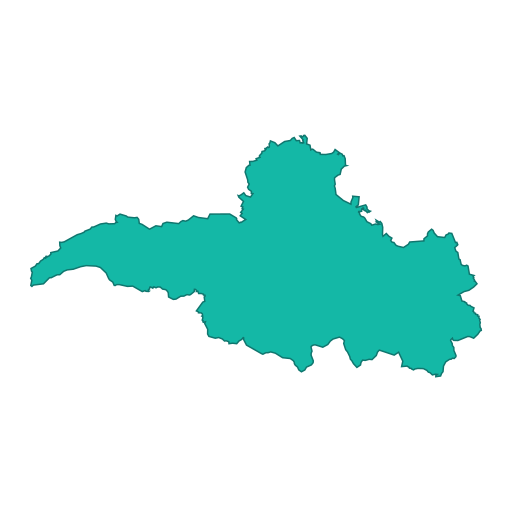 Iara, Cluj, Romania
{"feature_id": "2599482B94451106433579", "entity_name": "Iara", "entity_type": "district", "adm_level": 2, "iso_a3": "ROU", "parent_name": "Romania", "parent_adm1": "Cluj", "projection": "natural_earth1", "projection_center": [23.508, 46.546], "detail": "fine", "context": "isolated", "style": "filled", "palette": "teal", "viewbox_px": 512, "rotation_deg": 0, "n_neighbors": 0, "source": "geoboundaries", "source_scale": "gbopen_adm2", "svg_char_len": 6086}
<svg xmlns="http://www.w3.org/2000/svg" viewBox="0 0 512 512"><path d="M435.8,376.7L440.6,376.0L441.6,373.4L443.0,371.7L443.5,366.1L445.7,361.9L449.4,359.4L451.4,359.1L452.4,358.2L454.2,358.5L455.9,356.7L456.0,355.5L453.9,350.5L453.8,347.4L452.4,345.6L452.2,343.5L450.6,340.5L450.8,339.7L452.4,338.2L452.8,339.6L453.7,340.4L457.9,340.5L467.7,336.5L469.8,336.6L473.7,338.2L477.8,334.3L480.0,331.0L481.3,330.4L481.0,328.5L480.2,327.6L479.8,324.2L480.3,322.8L479.6,320.1L480.1,319.4L478.9,318.0L479.0,316.3L477.6,316.0L477.7,314.7L475.6,314.3L475.5,313.3L474.1,312.8L473.6,311.4L473.0,311.2L474.0,307.9L470.8,306.3L470.0,305.4L468.2,305.3L466.7,303.9L466.6,303.0L465.0,302.4L464.8,301.7L461.9,301.0L460.3,295.7L458.0,295.1L464.0,291.6L468.9,290.3L473.6,287.1L477.0,283.8L475.0,281.1L474.4,281.1L474.5,280.1L473.3,278.1L473.8,277.7L473.1,276.2L474.0,275.5L469.4,274.2L468.0,266.0L466.7,265.2L465.0,265.9L462.4,265.4L461.1,264.2L460.1,259.7L458.9,259.0L457.8,252.5L455.9,251.1L454.7,247.6L457.5,245.1L457.3,244.6L457.7,244.4L456.8,242.3L455.5,242.6L451.8,233.4L448.9,233.0L448.1,234.1L446.1,234.9L444.7,237.5L437.5,236.7L434.2,233.0L433.1,230.4L431.6,229.2L428.3,232.0L427.5,233.8L427.5,235.9L424.0,238.7L423.9,240.9L409.7,242.0L408.4,244.3L403.5,247.5L397.9,246.2L396.0,245.3L393.9,242.5L392.1,242.2L390.7,240.5L391.9,238.1L388.8,236.2L386.3,233.5L383.0,236.3L382.5,234.8L382.7,227.3L381.8,223.4L380.2,221.5L379.3,222.1L376.2,220.2L376.8,221.6L376.2,221.9L379.7,224.2L377.9,224.6L375.6,224.0L371.8,225.2L370.8,223.7L366.9,221.7L364.8,218.1L363.6,217.0L361.1,216.3L359.5,214.0L359.6,212.8L358.6,212.2L358.7,211.5L361.6,211.3L361.7,208.9L363.1,207.8L363.7,208.2L362.9,209.3L365.2,210.9L365.6,210.4L367.3,212.6L368.4,211.7L369.0,212.2L370.4,211.2L368.8,210.7L367.0,208.8L367.0,207.1L365.7,204.9L356.4,207.5L356.0,206.8L358.3,204.9L359.1,196.8L352.7,196.2L352.9,197.5L351.0,202.0L350.9,204.2L343.3,200.5L336.0,194.5L335.2,188.4L334.4,185.9L335.2,184.2L334.5,179.8L334.6,177.7L338.0,175.1L340.1,174.4L341.3,169.1L344.4,166.1L346.5,165.6L345.5,165.3L345.2,158.7L344.0,155.7L342.9,155.9L342.3,154.3L339.9,153.0L338.4,154.6L337.7,154.2L339.3,152.6L335.1,149.5L333.6,152.2L331.7,153.5L325.9,154.5L320.3,154.4L320.2,153.0L319.6,153.0L319.6,152.6L316.5,152.2L313.1,149.4L312.1,149.1L310.8,149.9L310.0,145.2L306.6,143.9L307.2,138.3L304.8,135.3L303.7,135.5L303.8,135.9L302.4,136.9L301.2,135.9L299.9,136.1L303.1,139.8L302.7,140.2L303.7,142.8L302.5,143.1L302.6,142.5L300.2,142.9L299.5,140.5L296.3,140.7L294.2,137.5L292.2,138.4L290.3,140.5L284.6,141.5L277.9,145.9L274.9,142.7L270.4,140.9L269.9,142.9L269.1,143.8L269.4,146.1L269.1,147.3L268.2,147.6L267.7,147.0L265.7,148.5L264.3,148.6L265.9,149.2L264.7,150.8L262.0,151.5L261.8,153.2L259.5,155.6L259.4,156.4L260.0,157.3L256.1,158.7L256.8,160.2L253.0,161.4L249.6,161.5L250.0,165.2L248.9,165.3L246.3,167.6L245.1,172.0L247.7,179.9L247.9,182.3L249.2,184.0L247.6,187.2L248.6,189.3L251.4,191.3L251.3,193.4L252.9,193.6L250.5,197.1L245.8,195.6L243.8,192.8L241.1,194.8L239.0,195.9L238.2,195.6L238.9,197.3L243.5,201.4L241.1,206.2L242.8,206.9L242.1,208.7L243.3,209.1L240.7,212.4L242.1,213.4L240.2,215.8L245.7,219.5L241.0,222.5L240.5,222.2L239.2,222.9L236.5,219.7L236.7,218.7L236.2,217.9L229.7,214.0L210.0,214.1L207.7,218.7L198.4,217.5L193.6,215.8L188.4,220.0L185.7,221.2L182.9,220.6L180.9,221.6L178.8,223.6L166.8,222.2L163.0,223.5L161.6,226.6L155.9,225.8L149.5,229.2L142.1,224.4L139.3,223.4L138.7,219.3L137.1,217.4L134.5,217.8L127.7,217.1L126.3,216.0L120.0,214.1L117.1,216.0L115.9,215.4L115.3,219.4L116.1,221.4L117.1,222.3L115.7,222.6L114.7,223.7L108.8,223.9L106.3,223.1L100.4,224.0L93.7,227.0L91.8,227.1L90.2,229.1L84.8,231.2L84.1,232.2L81.2,233.5L77.2,234.7L64.3,241.8L61.7,242.4L59.7,242.2L59.9,245.7L60.7,248.0L57.9,251.0L50.8,252.6L50.9,254.0L49.4,255.7L47.0,257.0L46.7,256.3L45.9,256.4L45.6,258.2L44.3,257.7L43.3,259.3L40.6,261.0L38.7,263.6L36.9,263.8L35.4,266.1L31.0,268.5L31.5,271.1L32.3,272.2L31.3,277.4L30.7,278.2L31.8,280.3L30.8,285.5L31.9,286.4L33.3,285.1L43.5,283.8L49.5,277.7L51.2,277.7L57.0,274.8L59.8,274.7L63.7,271.3L67.2,269.9L73.3,269.2L80.6,266.7L86.2,265.6L96.1,266.1L100.4,267.5L106.2,273.0L108.7,278.6L109.6,279.9L112.8,282.1L114.2,285.4L115.2,285.5L116.6,284.6L119.4,284.6L127.5,286.4L132.7,286.1L142.3,291.6L145.1,290.6L145.9,291.3L148.7,291.5L149.2,291.1L148.4,290.9L148.5,289.5L149.5,289.1L149.8,287.2L150.4,286.9L152.5,288.0L152.5,287.5L153.4,287.6L153.9,286.8L156.0,287.8L157.8,286.9L160.3,287.1L162.6,289.1L165.5,289.6L166.6,290.3L168.2,292.5L168.6,297.0L173.3,299.4L176.0,299.1L180.7,296.2L183.9,296.1L186.9,294.6L189.4,295.0L190.5,294.6L194.2,291.6L194.4,289.3L195.5,289.4L196.3,290.2L196.3,291.5L197.7,291.1L198.7,293.5L201.3,293.5L203.4,294.2L203.5,295.0L205.0,295.3L204.9,296.6L204.2,297.0L204.8,301.3L202.8,302.1L196.4,310.9L198.5,311.9L198.5,312.8L201.2,312.9L202.3,313.8L202.6,315.5L201.8,316.1L202.8,316.8L202.8,318.0L202.2,320.1L203.1,320.7L202.9,321.7L203.3,322.3L205.4,321.8L204.7,323.5L207.7,329.3L207.6,334.0L208.9,336.4L215.3,338.2L218.7,337.5L222.4,339.0L224.5,341.0L226.2,340.8L228.8,341.7L229.0,343.7L232.6,343.2L236.7,343.7L239.0,341.0L241.6,339.5L243.2,337.6L243.7,337.9L243.6,339.5L246.5,345.1L261.6,353.7L262.9,354.2L265.9,352.7L268.1,352.7L270.7,351.9L275.4,353.2L282.6,357.7L290.2,358.5L293.2,360.6L294.2,362.0L294.4,363.7L295.3,365.2L297.5,367.0L298.8,369.9L301.4,371.8L304.8,370.0L306.5,367.1L311.4,364.9L313.1,362.7L313.3,360.9L311.1,355.2L311.2,353.1L312.0,351.2L311.0,346.9L311.5,346.1L313.2,345.1L315.1,344.8L322.8,347.2L327.8,344.5L330.3,341.1L333.1,339.0L339.5,337.1L342.5,338.7L344.4,340.6L343.7,343.5L345.7,349.7L347.5,351.9L349.7,356.4L350.4,359.2L351.8,360.7L353.5,363.7L356.9,367.4L360.5,365.0L361.0,362.4L362.6,360.1L365.2,360.4L369.2,359.3L372.0,359.6L376.3,355.5L377.5,352.1L379.3,350.1L394.2,355.1L398.6,352.2L402.8,361.2L401.6,366.6L407.0,366.1L409.2,367.4L409.4,368.1L411.5,368.5L411.6,369.0L413.5,369.9L414.9,369.0L417.8,368.4L423.4,368.6L426.9,370.4L428.3,372.1L430.1,372.7L432.4,374.9L435.5,374.2L437.2,374.4L435.9,375.3L435.8,376.7Z" fill="#14b8a6" stroke="#0f766e" stroke-width="1.5"/></svg>